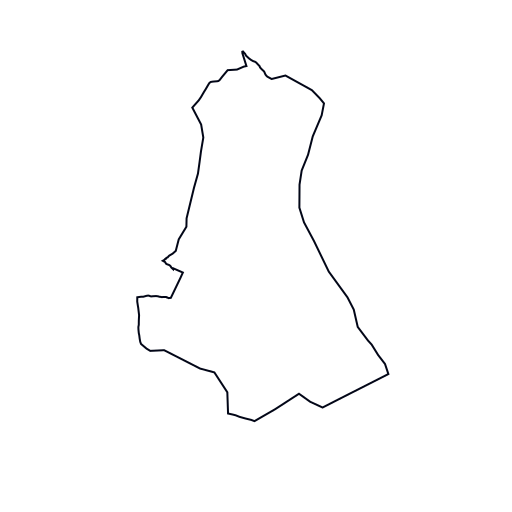 Oguta, Imo, Nigeria, rotated 234°
{"feature_id": "59680162B16893313163973", "entity_name": "Oguta", "entity_type": "district", "adm_level": 2, "iso_a3": "NGA", "parent_name": "Nigeria", "parent_adm1": "Imo", "projection": "mercator", "projection_center": [6.853, 5.658], "detail": "fine", "context": "isolated", "style": "outline", "palette": "ink", "viewbox_px": 512, "rotation_deg": 234, "n_neighbors": 0, "source": "geoboundaries", "source_scale": "gbopen_adm2", "svg_char_len": 2010}
<svg xmlns="http://www.w3.org/2000/svg" viewBox="0 0 512 512"><g transform="rotate(234 256 256)"><path d="M429.1,365.7L429.3,365.0L428.1,364.2L415.3,359.9L416.4,357.4L418.0,350.2L423.0,342.3L420.9,334.0L419.7,329.9L419.7,328.4L420.2,327.3L422.4,323.7L423.4,321.7L423.4,320.1L422.8,318.5L420.5,313.3L419.3,310.3L416.9,304.9L415.6,301.2L413.5,291.7L394.6,288.9L382.8,283.0L373.0,273.0L364.9,265.3L356.8,257.5L347.7,246.0L327.3,222.0L320.6,216.9L314.9,203.3L307.3,194.1L306.9,189.9L307.3,186.0L307.1,184.8L306.8,183.7L307.2,182.4L306.7,181.6L307.0,180.5L306.7,179.9L306.9,177.8L304.5,178.9L302.7,178.7L301.9,179.0L299.8,180.4L298.7,180.8L297.6,180.9L296.6,180.7L293.9,181.2L294.5,181.9L285.6,187.1L282.6,181.8L272.2,162.5L272.4,162.1L273.0,161.1L273.3,160.5L273.9,160.2L274.5,159.9L274.7,159.6L275.1,159.6L275.5,159.3L275.9,158.9L276.4,158.2L277.4,156.8L278.1,155.6L279.0,154.8L279.9,153.8L280.8,153.2L281.6,152.4L282.4,151.5L284.2,148.7L284.8,147.6L285.4,147.0L286.0,146.6L286.6,146.2L287.1,145.8L287.4,145.4L287.9,144.5L288.3,143.6L288.8,142.2L289.3,140.9L290.1,139.8L290.8,138.7L292.4,135.7L288.9,133.1L285.6,131.4L283.2,130.2L279.1,127.9L276.8,126.6L272.7,123.3L269.2,120.7L267.7,119.1L265.8,117.8L262.6,115.9L260.4,114.9L257.5,113.3L254.6,111.9L252.4,111.3L245.4,113.0L241.4,114.7L233.8,126.3L197.8,144.6L186.3,153.9L162.6,152.7L145.0,140.8L141.4,144.0L139.1,145.9L135.6,148.1L130.8,151.9L126.2,155.8L123.3,157.7L120.8,181.4L119.3,209.8L106.1,214.2L94.3,220.8L91.0,241.7L82.7,293.7L92.8,296.9L104.1,296.6L116.4,297.5L121.8,296.9L138.8,296.6L155.2,303.6L168.8,305.7L200.6,305.7L234.0,311.7L255.0,314.6L269.6,319.5L288.2,333.2L298.3,343.2L307.3,357.6L319.4,372.2L331.2,391.8L339.5,400.7L346.2,400.3L357.3,398.7L384.7,385.9L390.0,372.7L394.4,370.6L395.4,370.4L397.2,370.3L400.4,371.0L401.1,370.9L403.7,370.4L406.2,370.1L407.4,370.5L411.2,370.0L412.3,369.9L413.7,369.4L415.4,368.2L417.4,367.3L419.9,366.5L423.9,365.7L425.8,366.0L427.9,365.8L429.1,365.7Z" fill="none" stroke="#020617" stroke-width="2"/></g></svg>